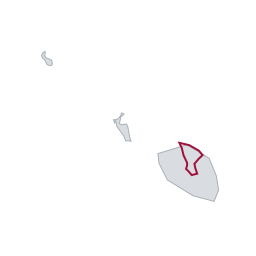 where Saint Patrick sits in Saint Vincent and the Grenadines, rotated 116°
{"feature_id": "VCT-5068", "entity_name": "Saint Patrick", "entity_type": "Parish", "adm_level": 1, "iso_a3": "VCT", "parent_name": "Saint Vincent and the Grenadines", "parent_adm1": "", "projection": "natural_earth1", "projection_center": [-61.236, 13.231], "detail": "fine", "context": "in_parent", "style": "outline", "palette": "rose", "viewbox_px": 256, "rotation_deg": 116, "n_neighbors": 0, "source": "natural_earth", "source_scale": "10m", "svg_char_len": 980}
<svg xmlns="http://www.w3.org/2000/svg" viewBox="0 0 256 256"><g transform="rotate(116 128 128)"><path d="M146.1,84.7L137.9,89.9L117.1,67.7L119.6,41.9L132.2,27.7L144.0,19.4L156.2,18.5L160.4,39.8L157.4,69.9L146.1,84.7ZM131.6,138.6L127.0,142.2L129.2,142.2L127.0,144.7L125.6,142.2L123.4,140.7L120.5,140.1L117.2,140.2L117.2,137.7L121.4,139.2L127.8,137.7L127.9,135.1L126.0,132.6L125.1,130.9L127.5,128.3L135.3,122.6L138.6,119.5L139.0,120.7L139.1,121.9L139.5,123.1L140.7,124.2L136.7,128.7L131.6,138.6ZM101.0,237.4L98.1,237.5L95.6,236.4L96.3,235.4L99.5,234.6L101.0,232.4L100.5,229.5L100.6,226.3L103.2,224.3L105.1,224.1L106.0,225.3L106.5,228.3L105.0,230.7L103.4,232.5L102.6,235.4L101.0,237.4Z" fill="#d9dde1" stroke="#a8b0b8" stroke-width="1"/><path d="M118.8,75.3L116.6,65.6L117.3,54.4L119.7,49.1L124.8,51.0L131.1,52.6L134.8,49.7L138.7,45.8L142.4,50.1L140.4,54.6L139.3,57.9L135.6,58.5L133.4,59.6L128.2,66.1L122.4,70.9L118.8,75.3Z" fill="none" stroke="#9f1239" stroke-width="2"/></g></svg>